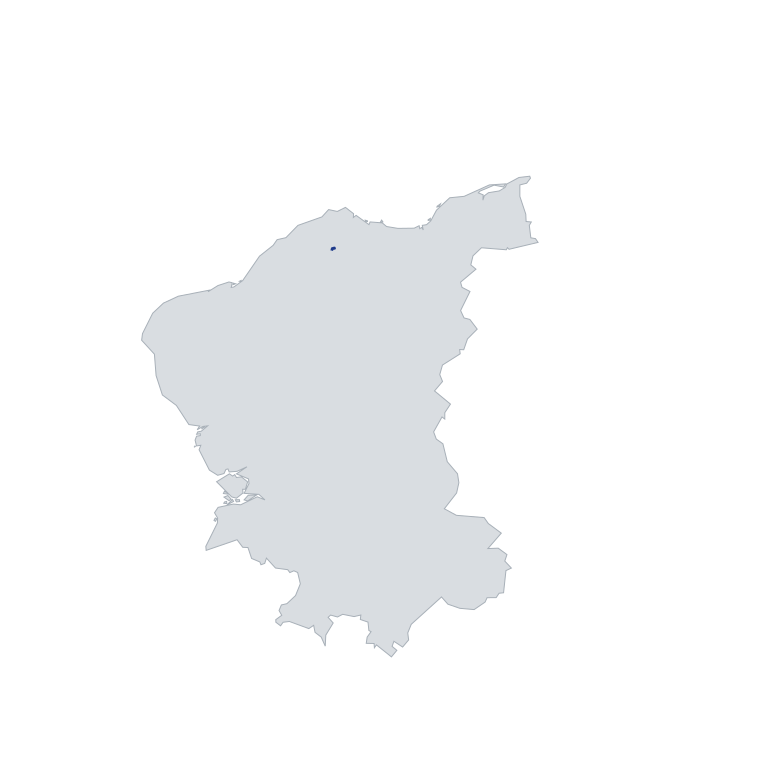 location of Barão de Cocais, Minas Gerais, Brazil, rotated 219°
{"feature_id": "56859067B12176821101651", "entity_name": "Barão de Cocais", "entity_type": "district", "adm_level": 2, "iso_a3": "BRA", "parent_name": "Brazil", "parent_adm1": "Minas Gerais", "projection": "robinson", "projection_center": [-43.5, -19.896], "detail": "fine", "context": "in_parent", "style": "filled", "palette": "blue", "viewbox_px": 768, "rotation_deg": 219, "n_neighbors": 0, "source": "geoboundaries", "source_scale": "gbopen_adm2", "svg_char_len": 4641}
<svg xmlns="http://www.w3.org/2000/svg" viewBox="0 0 768 768"><g transform="rotate(219 384 384)"><path d="M240.6,182.9L246.6,188.9L254.2,186.1L256.6,189.9L260.9,184.4L271.2,179.0L273.5,173.7L280.1,170.8L280.6,167.5L273.1,166.3L271.2,152.2L264.7,143.3L273.5,147.8L281.3,147.6L286.8,152.2L288.5,146.6L308.1,139.9L312.5,135.3L312.2,131.0L318.1,130.8L319.8,132.8L317.9,139.9L323.0,141.9L324.7,147.7L321.2,152.2L319.6,163.9L323.3,176.1L332.5,183.2L336.5,182.1L338.5,178.2L342.0,179.1L352.5,172.7L365.8,174.7L363.8,169.5L365.9,166.1L368.5,167.6L377.1,165.1L386.8,171.3L391.0,168.2L400.2,170.5L417.5,142.8L420.3,145.7L426.0,171.1L428.9,175.1L434.7,177.3L435.3,183.7L425.5,195.9L419.4,199.9L411.5,216.6L403.6,219.0L411.8,219.5L423.9,211.0L426.3,221.7L429.6,225.0L442.1,221.3L438.4,233.4L443.2,223.7L449.0,218.2L451.8,219.8L453.1,218.1L452.0,213.7L455.8,208.4L465.5,207.2L486.3,216.5L487.8,221.1L490.7,217.9L495.5,221.5L496.8,225.5L494.3,228.3L495.4,229.7L498.0,227.0L498.6,229.6L496.3,232.3L494.7,240.5L498.0,237.1L500.4,230.9L500.8,235.3L510.1,229.7L531.9,236.7L549.3,236.0L566.4,247.1L581.2,262.7L599.9,265.5L603.4,271.2L608.3,293.5L606.3,308.1L599.1,322.8L578.8,347.0L578.8,345.0L575.0,356.0L568.7,365.7L565.7,367.2L563.5,362.9L561.7,365.0L558.9,375.4L561.2,405.0L557.4,422.0L557.9,428.9L552.3,436.0L550.7,453.1L537.4,474.8L536.8,484.7L528.9,488.7L525.1,497.0L514.8,497.2L512.6,494.1L511.8,497.5L496.0,498.4L496.8,501.2L486.8,508.1L481.1,508.0L471.1,513.7L458.6,524.1L456.3,529.1L454.0,527.2L453.2,529.4L450.4,528.4L454.1,531.4L451.2,534.6L450.3,540.1L452.6,552.2L450.1,570.1L439.8,580.3L427.4,605.0L415.4,616.1L415.0,612.4L423.6,607.8L430.8,594.3L431.0,591.9L426.0,593.4L422.8,589.1L424.5,593.3L423.2,598.4L415.9,606.6L413.6,613.1L414.4,616.8L409.1,629.4L401.5,637.2L399.7,636.1L399.5,629.8L403.7,624.2L396.5,615.3L380.7,605.2L375.8,599.7L371.5,602.6L370.9,598.7L361.9,590.0L357.8,592.3L353.4,591.0L371.6,567.4L373.9,567.6L373.4,565.3L394.0,551.2L395.5,539.6L391.5,531.2L384.8,531.1L388.6,511.3L384.2,508.2L375.4,510.0L370.7,489.3L363.4,485.7L357.9,488.2L346.1,485.3L347.5,471.6L343.6,460.8L346.9,458.4L343.8,455.4L350.5,435.5L346.6,426.4L340.1,422.8L340.4,410.4L319.7,410.2L318.7,400.0L314.7,395.0L318.2,394.9L315.3,378.0L308.7,374.1L300.6,374.6L285.9,363.4L270.4,360.5L263.7,354.4L259.0,345.0L258.6,325.0L245.1,327.5L222.1,343.2L215.1,341.2L199.0,341.9L199.7,321.5L191.9,328.3L181.1,328.8L178.7,322.4L169.2,321.1L171.8,315.7L159.7,297.0L162.9,293.8L162.4,288.6L169.4,282.8L168.2,278.1L172.0,265.4L183.9,257.4L195.8,253.1L205.3,254.7L211.6,214.4L208.9,205.5L203.8,200.6L204.0,191.3L214.4,190.3L212.6,185.2L206.4,185.1L206.5,176.6L225.7,176.5L225.5,173.0L228.4,176.1L234.6,171.3L237.8,176.7L238.2,183.4L240.6,182.9ZM431.3,200.4L452.6,202.7L447.6,216.9L443.7,217.2L443.0,219.6L439.8,218.5L436.4,222.1L428.4,222.1L425.5,215.0L427.6,213.2L425.0,210.6L426.8,202.4L431.3,200.4ZM413.2,217.5L416.4,207.3L419.8,205.9L419.5,212.1L413.2,217.5ZM437.2,195.4L435.1,199.1L430.3,198.3L431.0,195.8L437.2,195.4ZM429.9,191.2L429.1,198.9L427.0,198.1L429.9,191.2ZM440.5,200.3L437.5,200.7L436.1,200.1L439.9,197.8L440.5,200.3ZM426.7,200.5L423.5,203.1L422.2,201.8L424.5,199.5L426.7,200.5ZM432.4,193.7L430.9,192.1L433.5,190.5L433.7,192.0L432.4,193.7ZM430.8,173.7L429.0,174.0L428.6,171.2L430.3,171.0L430.8,173.7ZM453.5,559.6L452.8,557.1L454.2,554.8L454.6,555.5L453.5,559.6ZM488.6,507.1L489.0,509.9L486.9,509.3L488.6,507.1ZM452.2,541.9L451.3,540.4L452.6,538.9L453.1,539.5L452.2,541.9ZM497.5,235.4L496.2,238.3L497.5,234.1L497.5,235.4ZM564.5,367.6L562.4,368.5L563.8,366.2L564.5,367.6ZM501.7,499.5L499.6,500.4L499.1,499.9L500.4,498.6L501.7,499.5ZM561.0,372.9L560.2,374.5L559.7,373.5L561.0,372.9ZM491.8,215.3L491.9,216.9L491.3,216.7L491.8,215.3Z" fill="#d9dde1" stroke="#a8b0b8" stroke-width="1"/><path d="M510.0,455.7L510.0,455.8L509.9,455.8L509.8,455.7L509.7,455.8L509.4,455.9L509.2,455.9L508.9,455.9L508.9,455.7L508.8,455.8L508.8,455.7L508.7,455.7L508.4,455.6L508.3,455.8L508.4,456.0L508.4,456.3L508.5,456.4L508.5,456.5L508.4,456.8L508.5,456.8L508.4,456.9L508.5,456.9L508.5,457.0L508.4,457.3L508.5,457.3L508.5,457.5L508.4,457.7L508.2,457.7L508.1,457.8L508.0,457.7L507.9,457.7L507.8,457.8L507.7,457.8L507.6,458.0L507.4,458.0L507.2,458.2L507.2,458.3L507.3,458.3L507.5,458.4L507.6,458.5L507.7,458.8L507.8,458.8L508.0,458.9L508.0,459.0L508.3,459.1L508.5,458.9L508.7,458.7L508.8,458.6L508.8,458.4L509.0,458.3L509.0,458.2L509.2,457.9L509.3,457.9L509.4,457.7L509.5,457.6L509.7,457.4L509.6,457.2L509.8,457.0L509.9,456.9L510.0,456.9L510.0,456.7L509.9,456.6L509.9,456.4L509.9,456.2L510.0,456.1L510.0,455.9L510.0,455.7Z" fill="#3b82f6" stroke="#1e3a8a" stroke-width="1.5"/></g></svg>